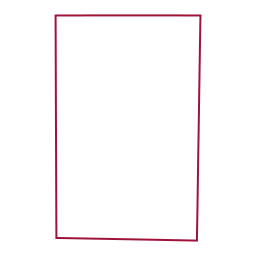 the district of Rancul, La Pampa, Argentina
{"feature_id": "61730980B63706771284544", "entity_name": "Rancul", "entity_type": "district", "adm_level": 2, "iso_a3": "ARG", "parent_name": "Argentina", "parent_adm1": "La Pampa", "projection": "albers", "projection_center": [-64.79, -35.405], "detail": "fine", "context": "isolated", "style": "outline", "palette": "rose", "viewbox_px": 256, "rotation_deg": 0, "n_neighbors": 0, "source": "geoboundaries", "source_scale": "gbopen_adm2", "svg_char_len": 385}
<svg xmlns="http://www.w3.org/2000/svg" viewBox="0 0 256 256"><path d="M56.4,238.0L59.0,238.0L107.7,238.9L108.0,238.9L146.0,239.6L196.9,240.6L197.1,228.1L197.2,223.6L197.5,205.7L198.2,157.0L198.5,140.4L199.2,93.7L200.0,42.9L200.4,18.6L200.5,15.5L199.6,15.5L173.5,15.4L97.1,15.4L55.6,15.5L55.6,17.4L55.8,77.5L55.9,106.7L56.4,238.0Z" fill="none" stroke="#9f1239" stroke-width="2"/></svg>